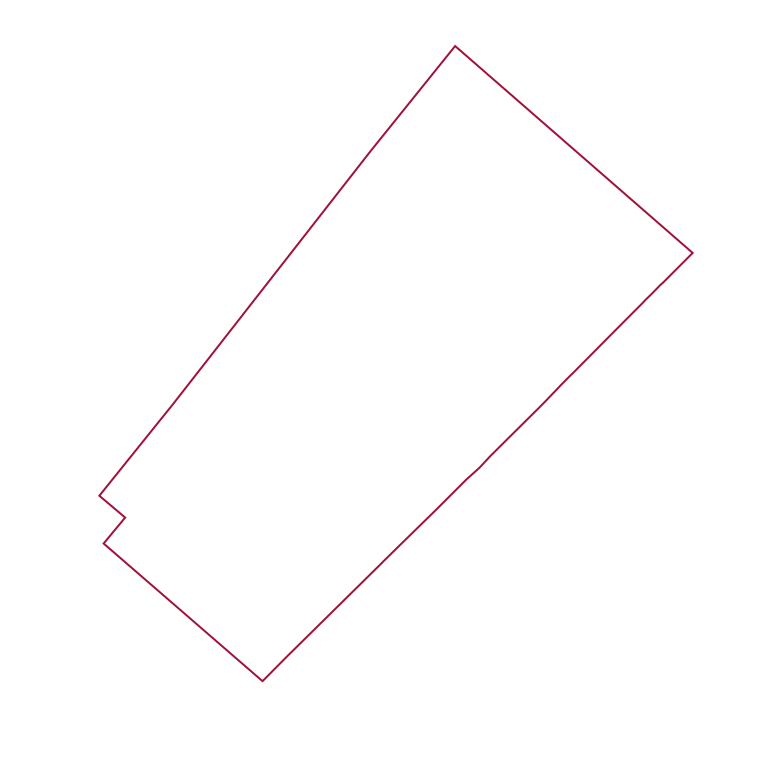 Lamar, Alabama, United States of America, rotated 219°
{"feature_id": "52423323B13336232488859", "entity_name": "Lamar", "entity_type": "district", "adm_level": 2, "iso_a3": "USA", "parent_name": "United States of America", "parent_adm1": "Alabama", "projection": "orthographic", "projection_center": [-88.184, 33.791], "detail": "fine", "context": "isolated", "style": "outline", "palette": "rose", "viewbox_px": 768, "rotation_deg": 219, "n_neighbors": 0, "source": "geoboundaries", "source_scale": "gbopen_adm2", "svg_char_len": 536}
<svg xmlns="http://www.w3.org/2000/svg" viewBox="0 0 768 768"><g transform="rotate(219 384 384)"><path d="M535.3,235.7L534.9,118.0L501.1,117.3L501.5,83.6L291.4,76.6L288.0,110.2L285.6,131.8L273.0,244.1L272.9,245.5L270.3,268.1L264.3,319.7L259.9,361.5L257.1,379.0L256.0,395.1L251.4,437.3L248.2,466.6L246.1,490.5L245.9,493.9L244.4,508.8L244.2,509.7L238.8,563.4L233.9,610.8L233.8,613.4L232.8,621.4L231.9,630.7L231.5,635.4L231.0,637.8L226.6,680.1L541.4,691.4L541.0,556.4L535.3,235.7Z" fill="none" stroke="#9f1239" stroke-width="2"/></g></svg>